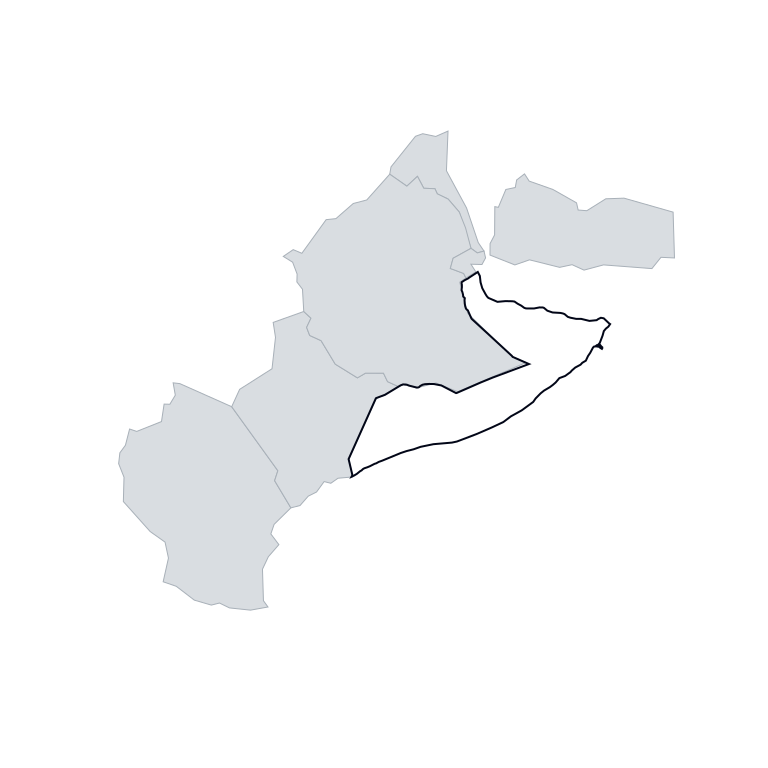 Somalia and the surrounding countries, rotated 24°
{"feature_id": "SOM", "entity_name": "Somalia", "entity_type": "country or territory", "adm_level": 0, "iso_a3": "SOM", "parent_name": "Africa", "parent_adm1": "", "projection": "albers", "projection_center": [45.827, 5.144], "detail": "medium", "context": "with_neighbors", "style": "outline", "palette": "ink", "viewbox_px": 768, "rotation_deg": 24, "n_neighbors": 6, "source": "natural_earth", "source_scale": "50m", "svg_char_len": 4353}
<svg xmlns="http://www.w3.org/2000/svg" viewBox="0 0 768 768"><g transform="rotate(24 384 384)"><path d="M254.1,466.7L322.3,506.4L323.4,516.8L349.3,535.0L340.7,556.9L341.6,567.0L353.3,573.5L348.6,588.8L348.3,602.6L362.0,631.0L368.7,634.9L354.0,644.9L333.9,651.4L322.8,651.0L316.2,656.2L298.6,658.6L276.5,653.3L262.7,654.5L257.9,630.7L248.3,617.5L230.4,613.9L193.7,597.4L184.4,574.9L174.0,564.7L170.7,554.3L172.7,545.1L169.9,528.6L177.4,527.9L196.0,508.8L191.3,491.8L196.6,489.6L197.9,479.1L190.9,468.7L197.3,466.7L254.1,466.7Z" fill="#d9dde1" stroke="#a8b0b8" stroke-width="1"/><path d="M349.3,535.0L323.4,516.8L322.3,506.4L254.1,466.7L254.3,447.6L275.5,415.6L265.9,385.5L257.7,372.8L281.2,350.4L290.5,353.6L290.3,363.8L296.4,369.9L308.9,370.0L331.4,385.7L357.2,389.2L362.6,381.7L379.1,374.3L386.3,380.4L398.6,380.5L382.7,401.0L382.4,466.8L393.1,481.7L380.3,488.8L375.8,496.3L369.0,497.5L366.3,510.1L360.4,517.3L356.7,529.2L349.3,535.0Z" fill="#d9dde1" stroke="#a8b0b8" stroke-width="1"/><path d="M303.9,190.0L302.1,182.8L312.0,144.9L317.6,139.6L330.6,136.8L339.6,126.9L354.3,163.8L387.8,189.6L412.6,216.5L421.3,221.9L415.9,226.3L408.3,224.7L382.8,196.3L367.4,189.0L355.3,188.6L351.1,184.9L340.7,189.0L330.1,180.7L324.4,194.0L303.9,190.0Z" fill="#d9dde1" stroke="#a8b0b8" stroke-width="1"/><path d="M578.2,109.4L598.1,150.7L585.5,155.6L581.8,169.6L536.1,185.9L520.4,198.6L507.3,198.5L497.0,206.0L466.4,211.4L455.1,222.0L428.4,223.1L423.8,212.6L424.4,202.8L413.1,176.9L416.6,176.1L416.2,156.7L424.0,151.1L422.2,143.6L426.9,134.9L434.1,139.6L459.2,137.6L486.2,140.2L490.6,146.1L498.8,143.2L511.3,124.6L527.7,116.6L578.2,109.4Z" fill="#d9dde1" stroke="#a8b0b8" stroke-width="1"/><path d="M505.0,306.7L454.4,361.1L431.1,361.9L415.0,374.6L403.5,374.8L398.6,380.5L386.3,380.4L379.1,374.3L362.6,381.7L357.2,389.2L331.4,385.7L308.9,370.0L296.4,369.9L290.3,363.8L290.5,353.6L281.2,350.4L271.0,330.6L262.9,326.2L259.9,318.9L251.0,309.9L240.1,308.4L246.4,298.2L255.8,298.0L264.3,257.4L272.8,252.5L282.5,231.6L293.4,222.9L303.9,190.0L324.4,194.0L330.1,180.7L340.7,189.0L351.1,184.9L355.3,188.6L367.4,189.0L382.8,196.3L395.1,208.3L408.3,224.7L396.0,241.0L397.6,251.5L411.8,250.6L415.7,253.8L411.8,260.2L431.7,285.4L489.9,306.9L505.0,306.7Z" fill="#d9dde1" stroke="#a8b0b8" stroke-width="1"/><path d="M408.3,224.7L415.9,226.3L421.3,221.9L425.5,227.5L424.9,235.0L414.7,239.2L422.3,244.2L415.7,253.8L411.8,250.6L397.6,251.5L396.0,241.0L408.3,224.7Z" fill="#d9dde1" stroke="#a8b0b8" stroke-width="1"/><path d="M392.2,480.4L391.9,479.7L382.2,467.0L382.4,400.4L382.7,399.9L389.3,393.5L399.7,378.5L401.6,376.6L405.3,375.4L407.6,375.3L415.4,373.9L416.6,373.3L417.3,372.6L417.9,371.1L419.5,369.0L421.5,367.5L425.2,365.6L429.7,363.7L437.0,362.0L453.5,363.0L454.0,362.7L471.9,343.1L480.6,334.0L508.3,306.8L490.5,306.9L489.4,306.3L465.1,298.1L437.8,288.9L437.1,288.5L430.6,282.6L429.9,282.5L428.2,281.8L426.6,280.0L425.0,277.6L423.5,274.7L422.9,272.7L420.8,271.9L419.9,270.3L418.1,268.0L416.8,266.9L416.4,265.9L415.8,263.9L414.8,261.7L413.8,260.3L413.6,259.7L413.6,259.3L415.5,256.3L418.0,253.2L418.3,252.5L424.1,243.5L427.6,246.3L430.9,251.9L434.8,256.5L440.3,260.7L442.4,262.1L444.3,262.9L454.2,262.8L461.2,258.9L467.6,256.2L469.7,255.6L473.4,256.3L477.5,256.6L481.2,257.4L483.0,257.2L490.3,254.0L494.9,250.8L498.0,249.5L499.2,249.4L503.4,250.6L508.9,250.1L516.3,247.3L518.7,246.8L520.5,246.7L524.6,247.9L527.4,247.6L533.2,246.3L537.7,244.3L546.0,242.8L552.3,239.2L553.3,237.5L555.2,235.3L558.0,234.6L565.1,237.1L566.2,237.3L565.6,240.4L564.2,243.1L563.3,246.2L564.0,250.9L564.4,258.4L564.2,259.5L563.8,260.6L563.6,261.5L562.8,261.8L562.5,262.3L563.0,262.5L565.3,261.6L565.2,260.7L565.3,260.3L567.2,261.3L568.5,261.7L568.9,262.6L568.8,263.3L566.7,263.0L565.6,262.5L562.6,263.3L560.7,264.3L560.1,265.7L559.7,271.7L559.0,275.5L558.9,280.6L556.5,284.0L555.7,286.4L552.0,291.2L550.1,295.3L549.5,297.3L546.2,303.0L541.8,307.3L540.2,312.8L538.6,316.2L536.8,319.4L532.9,324.9L530.9,328.8L528.4,335.5L527.6,339.7L520.5,352.1L513.1,361.9L508.5,370.2L500.2,379.8L488.8,392.2L474.0,406.9L469.9,409.9L453.6,418.9L443.0,426.5L437.6,431.6L431.9,436.1L427.3,440.3L413.6,454.7L410.9,457.3L409.1,459.7L407.9,460.7L404.6,464.8L402.6,466.9L400.3,469.0L399.3,470.4L398.6,472.2L397.8,473.1L395.7,477.2L393.9,479.8L392.1,481.9L392.2,480.4Z" fill="none" stroke="#020617" stroke-width="2"/></g></svg>